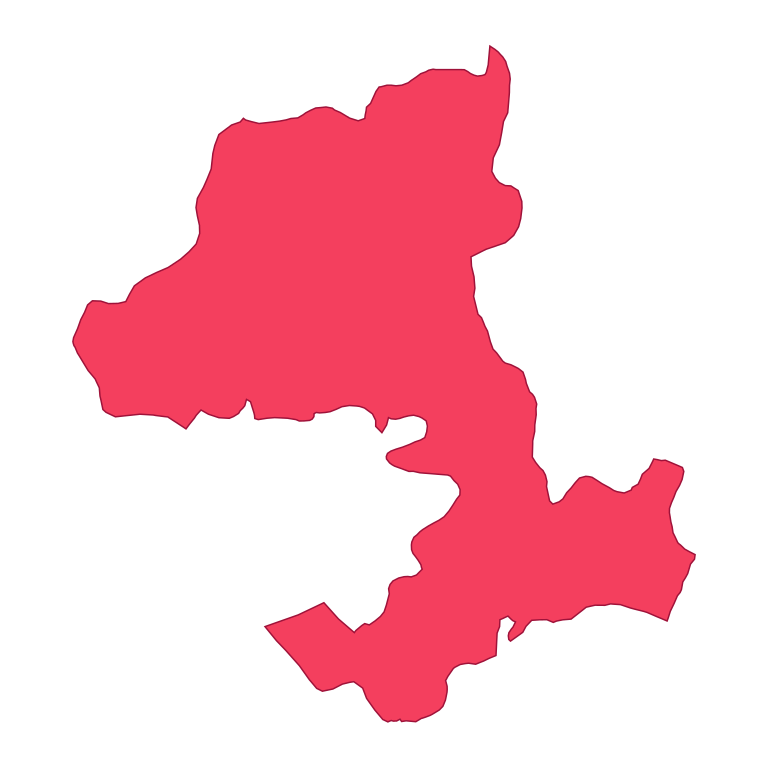 the district of Qalyub, Al Qalyubiyah, Egypt
{"feature_id": "37247803B25886032732937", "entity_name": "Qalyub", "entity_type": "district", "adm_level": 2, "iso_a3": "EGY", "parent_name": "Egypt", "parent_adm1": "Al Qalyubiyah", "projection": "natural_earth1", "projection_center": [31.243, 30.207], "detail": "fine", "context": "isolated", "style": "filled", "palette": "rose", "viewbox_px": 768, "rotation_deg": 0, "n_neighbors": 0, "source": "geoboundaries", "source_scale": "gbopen_adm2", "svg_char_len": 5897}
<svg xmlns="http://www.w3.org/2000/svg" viewBox="0 0 768 768"><path d="M653.7,459.0L652.7,461.3L649.1,468.4L642.3,474.3L640.5,479.1L638.1,484.2L632.3,487.4L631.2,490.1L624.2,493.0L617.1,491.7L613.8,490.5L609.4,487.7L602.0,483.7L597.6,480.8L592.1,477.3L589.0,476.6L585.8,476.3L579.5,478.0L575.4,482.5L574.2,484.0L571.2,487.9L566.7,492.7L562.9,498.9L559.2,501.8L552.8,504.1L549.6,500.9L547.6,491.6L546.5,486.5L547.0,481.7L545.4,475.1L543.0,470.6L539.8,467.7L535.6,462.4L532.3,457.1L532.5,450.6L532.7,443.5L532.7,440.9L534.7,431.5L534.8,424.9L536.2,414.8L536.0,408.5L536.7,404.1L536.1,402.2L534.5,397.3L532.5,394.3L529.6,391.8L526.3,383.3L525.5,379.4L523.0,372.1L518.4,368.5L515.7,367.1L511.0,364.8L505.3,363.1L502.8,361.2L496.7,353.0L493.0,349.1L490.4,341.9L487.5,331.1L484.9,326.2L483.8,323.3L481.5,317.7L478.0,314.3L473.6,296.4L474.9,288.2L474.0,276.8L471.5,266.2L471.0,256.8L486.0,249.3L505.3,242.7L513.7,235.4L518.6,226.7L520.7,218.6L522.0,208.0L521.8,201.4L518.2,190.6L514.4,188.2L510.9,185.9L505.2,185.6L499.3,182.6L495.4,178.2L491.8,171.4L492.2,167.7L493.3,157.8L499.4,144.8L501.7,132.5L503.5,121.5L507.7,112.8L508.5,103.5L509.4,92.6L509.5,85.3L510.2,79.1L509.5,73.2L507.0,66.1L505.7,61.5L502.7,56.9L500.1,54.2L498.3,52.1L494.8,49.3L489.9,46.1L488.6,60.2L488.2,64.9L486.3,72.4L485.0,74.6L482.1,75.5L477.5,76.1L474.1,75.2L470.4,73.5L467.8,71.6L464.3,69.7L460.2,69.6L446.8,69.6L435.8,69.6L433.1,69.2L428.7,70.2L425.9,71.8L420.7,73.7L416.6,76.8L411.3,80.4L408.2,82.8L401.8,85.2L396.0,85.8L391.1,85.2L387.0,85.2L380.9,86.8L379.1,87.0L376.0,91.4L370.6,103.4L366.5,107.2L366.1,110.7L365.2,115.1L364.8,118.5L358.2,120.8L349.6,118.1L340.3,112.5L334.5,110.0L332.4,108.2L326.0,107.0L320.4,107.6L315.7,108.0L310.6,110.3L305.8,112.8L303.1,114.8L297.8,117.9L290.9,118.5L286.1,119.9L279.7,121.1L271.8,122.1L259.0,123.5L251.3,121.6L245.6,120.0L243.4,118.3L240.2,122.0L231.6,125.0L218.9,134.5L214.8,145.4L212.9,153.4L211.2,169.0L206.9,179.6L203.4,187.5L197.4,198.3L196.0,207.6L197.4,216.0L199.5,225.5L199.5,227.0L199.7,233.4L196.2,244.0L189.0,251.8L180.6,259.2L168.1,267.5L156.8,272.4L145.3,277.9L134.4,285.8L129.5,294.3L125.8,301.6L118.2,303.4L108.5,303.6L100.8,301.1L92.4,300.8L87.6,304.9L84.6,312.3L80.8,319.6L77.6,328.6L73.6,337.6L72.9,341.6L73.3,343.5L74.0,345.7L75.1,347.3L77.5,353.1L78.6,354.8L88.1,370.5L90.7,373.6L95.2,379.0L96.3,381.5L99.3,387.8L100.0,396.1L100.9,399.9L102.9,409.5L106.0,412.3L108.9,413.7L115.4,416.8L125.8,415.7L138.3,414.4L139.8,414.2L153.2,415.0L155.9,415.5L165.4,416.7L167.7,416.9L183.2,427.0L186.0,428.9L189.7,423.9L194.2,418.4L194.5,418.0L194.8,417.5L196.2,415.3L201.0,410.0L208.4,414.2L218.9,417.7L229.3,418.3L233.6,416.5L238.6,413.4L240.2,410.7L242.8,408.2L244.8,405.7L246.5,399.4L248.0,400.2L250.5,401.7L253.9,412.7L254.5,415.2L254.8,418.5L258.2,419.6L267.2,418.2L274.7,417.6L287.4,418.2L296.0,419.6L299.3,421.0L304.0,420.9L309.7,420.4L312.2,419.1L313.9,416.7L314.1,413.6L316.2,412.5L319.7,412.9L325.2,412.5L330.1,411.7L336.2,409.3L341.9,406.7L349.4,405.5L356.7,406.0L359.6,406.4L364.5,408.0L372.5,413.9L375.7,420.4L375.7,426.4L381.9,432.7L386.6,425.0L388.5,417.6L391.1,418.8L395.6,419.2L399.8,418.4L403.9,417.0L408.8,415.8L413.6,415.2L419.1,416.6L422.0,418.0L426.2,420.9L427.4,426.1L426.7,431.8L424.8,437.6L420.4,440.1L415.0,441.9L409.7,444.4L402.4,447.2L396.2,449.1L390.9,451.1L387.5,453.4L386.3,456.5L386.5,458.9L389.6,462.9L391.9,464.6L394.5,466.1L399.5,467.9L408.9,471.4L413.3,471.3L420.0,472.8L429.1,473.5L441.4,474.5L447.7,475.0L449.4,475.7L450.5,476.1L454.0,480.6L457.7,484.2L460.1,489.6L459.9,495.0L456.6,499.2L453.1,504.8L449.0,511.0L444.1,516.8L438.9,520.3L434.1,522.8L428.7,525.8L422.7,529.6L419.9,531.8L416.9,534.9L413.9,537.3L411.8,542.0L411.4,544.9L411.6,549.7L413.0,553.4L415.9,557.1L418.4,560.6L420.9,564.7L421.5,567.5L422.2,569.2L419.5,571.9L416.5,575.0L411.2,576.9L407.8,576.5L404.1,576.7L398.7,578.0L393.0,580.9L390.1,584.4L388.6,588.7L389.3,593.8L386.4,605.0L385.8,606.8L384.1,611.9L380.4,616.5L375.1,620.9L369.3,624.9L364.7,623.6L361.7,625.6L355.9,630.5L354.3,632.6L338.5,619.0L323.9,602.7L298.2,614.9L265.0,626.6L276.5,640.7L285.7,650.3L299.4,665.7L309.5,679.9L310.4,680.9L316.7,688.4L322.4,691.2L332.9,689.0L342.4,684.1L349.8,682.3L353.8,681.7L356.2,683.4L362.7,688.1L366.6,698.4L374.8,710.0L382.8,719.5L387.9,721.9L391.1,720.5L393.5,721.1L395.2,721.0L396.6,721.0L400.0,719.2L401.6,721.5L406.1,720.8L410.5,721.2L415.8,721.7L419.7,719.4L421.3,718.4L422.6,718.1L426.1,716.9L430.1,715.4L432.2,714.3L435.7,712.2L439.3,710.0L442.9,706.3L444.2,703.1L445.4,700.2L446.2,696.3L447.0,692.2L447.2,689.4L447.1,686.2L445.6,680.5L446.5,679.0L447.7,676.6L450.4,672.7L451.8,670.7L453.3,668.5L454.8,667.3L460.2,664.5L464.5,663.7L465.9,663.5L468.6,663.2L473.4,663.9L475.7,664.2L479.6,662.6L483.7,661.0L486.1,659.8L489.2,658.3L496.0,655.5L496.4,647.4L496.7,640.9L497.1,633.1L499.6,626.6L499.9,619.7L501.8,618.9L503.0,618.4L504.4,617.7L506.1,616.9L508.0,616.1L510.7,618.8L512.7,620.6L515.5,621.9L514.4,624.2L513.0,627.1L511.4,629.0L508.9,632.7L508.3,635.8L508.5,637.3L508.8,639.5L510.5,641.1L511.5,640.4L522.8,632.3L526.0,626.3L531.7,620.3L538.1,619.9L539.3,619.8L546.9,619.7L553.3,622.4L556.4,621.1L558.8,620.6L562.8,619.8L571.1,619.1L578.6,613.2L582.7,610.0L586.2,607.2L589.7,606.4L595.1,605.2L604.9,605.3L610.5,603.9L613.1,604.1L620.4,604.6L630.5,608.0L634.6,609.1L643.8,611.4L647.0,612.4L648.2,612.9L656.5,616.5L661.3,618.5L667.1,621.0L667.6,619.6L668.2,618.0L670.3,611.3L671.8,608.2L674.2,603.2L677.4,595.8L680.1,592.5L681.4,589.7L682.8,581.9L685.4,577.8L687.7,573.6L690.5,564.1L694.5,559.2L694.7,557.7L695.1,554.6L689.4,551.7L684.7,549.1L680.6,545.1L678.4,543.4L677.6,542.3L675.0,536.7L673.0,532.7L672.1,526.6L670.9,522.0L670.0,516.2L669.4,512.7L669.5,508.3L671.5,502.6L673.7,497.6L676.0,491.5L679.5,485.5L682.1,479.5L683.8,471.4L682.4,467.5L679.0,466.0L665.3,460.2L661.4,460.6L657.2,459.6L653.7,459.0Z" fill="#f43f5e" stroke="#9f1239" stroke-width="1.5"/></svg>